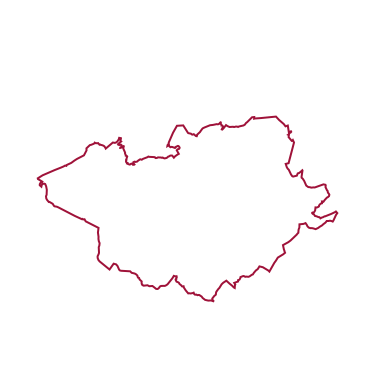 Acuitzio, Michoacán, Mexico, rotated 41°
{"feature_id": "50627088B81334633905607", "entity_name": "Acuitzio", "entity_type": "district", "adm_level": 2, "iso_a3": "MEX", "parent_name": "Mexico", "parent_adm1": "Michoacán", "projection": "natural_earth1", "projection_center": [-101.348, 19.472], "detail": "fine", "context": "isolated", "style": "outline", "palette": "rose", "viewbox_px": 384, "rotation_deg": 41, "n_neighbors": 0, "source": "geoboundaries", "source_scale": "gbopen_adm2", "svg_char_len": 6066}
<svg xmlns="http://www.w3.org/2000/svg" viewBox="0 0 384 384"><g transform="rotate(41 192 192)"><path d="M180.6,304.6L179.9,297.5L182.2,296.4L184.3,296.7L187.9,298.4L189.0,298.5L190.1,298.0L197.4,292.4L199.4,292.6L202.3,291.1L204.0,290.8L205.6,290.9L206.5,291.6L207.6,292.0L208.5,291.6L209.8,292.4L212.7,292.5L213.6,293.7L214.7,294.5L215.3,294.4L215.7,294.8L217.0,294.4L219.6,291.6L221.6,291.1L223.8,288.9L226.6,288.7L228.3,288.7L228.9,288.4L229.6,287.8L229.9,287.1L230.0,285.5L229.8,284.8L229.9,284.0L230.3,283.2L232.2,281.4L233.1,280.7L233.8,279.1L234.1,277.5L233.8,270.0L233.3,267.2L234.6,266.7L235.6,265.7L236.4,266.3L236.7,267.5L237.2,267.8L237.0,268.6L237.2,269.0L238.6,269.6L239.2,269.8L240.5,269.3L241.6,269.1L243.0,269.6L245.3,269.5L246.3,269.8L247.1,269.4L247.5,268.7L248.7,269.5L251.9,270.4L255.7,271.0L256.1,270.4L257.4,269.6L258.0,268.9L259.0,267.6L259.3,266.9L260.7,267.6L261.7,267.5L262.5,266.6L263.8,266.3L264.5,265.4L265.0,265.0L265.5,264.9L267.9,264.6L269.6,265.0L272.7,264.8L275.5,263.3L277.6,261.3L280.5,260.2L279.3,260.2L278.0,259.8L277.2,259.1L277.0,255.8L277.3,254.4L277.3,253.8L276.3,252.4L275.8,251.3L275.5,247.9L275.6,246.5L274.9,242.2L275.1,240.0L276.1,236.4L280.4,236.5L283.8,236.4L286.2,236.6L287.2,236.4L285.5,234.1L285.4,233.5L283.5,232.9L285.5,229.3L284.6,228.3L285.1,227.6L285.3,226.9L285.0,225.4L284.4,224.4L285.8,221.8L286.9,221.2L287.8,221.1L288.4,220.3L290.2,219.0L290.8,217.9L291.5,215.1L292.0,214.3L291.7,212.3L291.7,209.2L292.2,207.1L291.7,203.9L294.8,202.3L301.1,201.2L302.6,201.3L300.6,191.4L300.4,188.9L299.8,185.2L301.7,179.2L302.1,176.8L300.9,176.2L300.1,175.6L299.1,175.1L295.5,172.4L297.6,166.7L298.2,164.0L299.0,155.4L298.9,154.3L299.0,153.0L297.4,150.9L296.8,149.7L296.4,148.4L294.3,145.9L297.1,142.9L298.1,141.0L300.2,141.5L301.5,142.1L303.4,142.3L305.1,141.6L306.2,140.6L307.4,139.9L309.7,138.9L310.9,136.1L311.1,134.8L312.1,131.7L312.2,130.3L312.8,127.5L312.7,125.5L314.1,124.3L315.0,123.1L316.6,122.3L317.6,122.0L317.4,120.6L315.7,114.7L315.5,112.6L313.4,112.3L313.2,113.2L311.5,117.1L308.4,123.1L308.0,123.4L307.4,125.1L306.7,126.2L306.2,127.6L305.7,127.4L304.5,127.5L303.9,128.0L302.0,128.6L300.5,129.4L297.6,128.6L297.4,128.9L297.4,129.2L296.8,129.2L296.7,129.0L296.4,128.9L296.4,128.5L297.3,128.1L297.3,126.4L297.0,125.1L295.3,122.6L296.4,121.8L297.2,120.1L297.2,119.5L296.8,118.9L296.6,117.6L297.0,115.8L297.5,115.2L297.2,114.7L296.8,114.5L296.6,114.0L296.3,113.8L296.5,113.6L296.9,113.6L297.6,113.2L297.4,110.9L297.5,107.7L297.9,106.8L298.1,105.2L297.4,103.9L296.3,103.5L295.0,103.3L293.6,102.2L292.9,102.2L289.5,100.7L288.8,99.5L288.0,99.0L286.2,100.0L281.7,108.0L280.6,108.9L279.1,110.5L277.9,111.0L276.5,112.0L274.0,112.2L269.3,110.0L266.8,109.3L265.4,109.3L264.8,108.8L261.3,103.3L261.0,103.2L260.8,105.1L260.4,107.3L259.6,108.6L260.4,110.9L258.2,114.0L257.3,114.3L255.2,113.8L250.4,111.7L248.8,111.6L247.1,111.0L244.3,109.3L246.0,106.9L236.5,87.7L234.0,86.6L234.0,87.8L233.8,88.0L228.9,87.2L227.8,85.5L227.0,85.7L227.2,84.7L226.9,83.5L227.4,82.5L227.4,81.5L227.0,81.2L226.9,81.2L225.8,83.3L220.7,79.0L219.5,81.1L216.7,80.5L210.6,80.5L205.9,80.0L195.5,91.0L191.3,95.2L190.8,95.9L189.8,94.6L188.3,96.2L187.8,103.1L187.5,104.6L187.7,106.5L187.2,108.0L184.5,111.7L184.1,112.7L183.6,112.8L182.3,113.7L181.1,115.4L180.2,115.8L177.7,118.3L175.5,119.0L173.8,119.2L174.0,123.1L173.9,125.0L173.4,125.2L173.0,124.0L172.9,122.3L171.6,122.0L170.7,122.5L170.4,122.0L168.8,121.7L168.4,120.9L168.1,120.6L167.8,120.7L167.7,121.9L167.9,122.5L167.2,123.9L166.1,124.6L163.9,127.5L161.8,129.8L159.1,135.1L158.4,136.7L158.3,137.4L158.5,140.1L158.7,141.5L158.3,145.1L158.4,146.5L159.7,146.4L158.2,147.2L155.4,147.2L154.8,148.3L154.5,148.6L152.9,148.7L150.6,150.0L150.1,150.0L141.7,147.5L137.2,151.9L138.8,159.7L142.0,169.9L142.7,170.8L142.8,172.7L143.3,173.5L143.6,172.5L144.0,172.3L144.1,171.9L144.6,172.3L145.3,172.4L146.4,172.3L146.8,171.5L147.7,170.9L150.3,169.9L150.4,169.1L150.1,168.8L150.3,168.3L151.1,166.5L151.7,166.2L152.6,166.3L153.5,166.6L153.9,167.3L153.9,168.1L153.1,169.3L153.1,170.5L157.0,171.9L156.3,174.0L155.8,176.3L155.8,178.0L153.2,177.5L152.5,178.0L151.7,178.8L151.2,180.4L150.8,181.0L150.7,182.2L150.4,183.1L149.3,184.6L148.2,185.1L147.3,185.2L146.9,185.9L146.0,186.3L143.6,188.2L143.4,188.9L142.5,190.1L142.1,190.3L141.3,190.1L140.8,190.3L136.7,193.5L135.8,193.9L135.6,194.8L134.6,196.7L133.3,199.1L132.9,200.6L131.7,201.1L131.4,201.4L130.8,203.5L130.6,205.1L129.6,206.4L128.7,206.8L128.2,208.1L128.6,208.6L130.5,209.0L130.4,209.4L129.6,210.2L128.2,210.0L127.8,210.2L127.4,210.9L127.1,212.1L125.8,212.7L124.4,213.1L124.3,212.4L123.3,212.6L122.4,212.5L121.2,211.0L121.4,210.7L120.7,209.8L119.8,207.7L119.3,207.6L118.2,208.1L117.7,207.5L117.2,207.4L116.0,206.7L115.7,206.2L115.1,205.9L111.5,204.2L110.5,202.2L110.3,202.2L110.1,202.5L109.3,205.4L108.9,205.8L108.7,205.5L109.0,204.9L109.0,204.2L108.2,202.9L107.2,202.9L106.3,204.2L105.4,204.7L104.8,204.5L105.0,202.3L105.4,200.3L104.3,200.2L103.9,199.5L103.4,198.4L103.0,198.0L101.5,198.9L102.1,200.1L102.3,201.1L102.5,202.9L102.3,204.2L101.6,205.5L99.8,206.6L98.4,215.8L97.8,215.5L95.8,215.0L94.6,215.2L93.3,215.7L92.2,216.3L91.6,216.4L91.2,217.0L90.3,216.8L89.7,216.9L89.1,216.7L88.7,217.2L88.0,217.7L87.4,218.3L86.2,218.6L86.4,219.3L86.2,220.1L84.9,222.6L84.2,223.5L84.1,224.0L83.7,228.3L85.1,229.8L86.4,235.2L83.5,242.5L82.6,245.6L81.8,249.2L79.7,253.9L80.0,254.7L78.9,255.3L78.3,257.0L77.1,259.5L73.9,265.7L68.3,277.4L66.4,283.6L66.6,283.4L72.3,282.4L72.4,283.0L72.2,283.6L71.7,283.9L71.7,284.8L72.0,286.0L72.7,286.8L74.8,286.8L74.1,285.5L73.9,284.8L74.3,283.5L74.9,282.7L76.0,282.3L78.2,283.4L81.0,285.6L84.1,289.5L84.6,291.0L86.3,292.5L88.0,293.1L90.5,293.5L90.9,293.0L94.6,292.3L96.9,293.0L97.6,293.0L99.6,291.8L101.2,291.3L119.4,286.9L126.9,284.7L127.1,284.1L127.7,284.1L128.4,283.7L128.8,283.1L131.0,283.9L145.0,280.4L147.6,284.3L150.8,287.1L152.2,288.8L154.0,290.3L155.8,291.2L157.2,293.2L157.8,294.8L161.8,299.0L162.4,300.5L162.9,302.4L164.1,303.7L166.0,304.7L167.8,305.0L180.6,304.6Z" fill="none" stroke="#9f1239" stroke-width="2"/></g></svg>